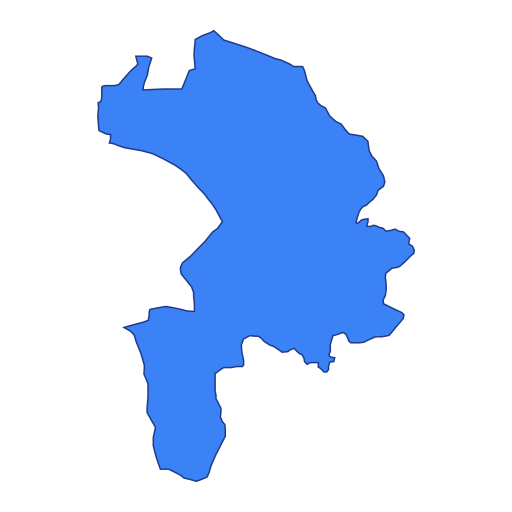 outline of Halabcha, As-Sulaymaniyah, Iraq
{"feature_id": "34846034B67264073740881", "entity_name": "Halabcha", "entity_type": "district", "adm_level": 2, "iso_a3": "IRQ", "parent_name": "Iraq", "parent_adm1": "As-Sulaymaniyah", "projection": "natural_earth1", "projection_center": [45.937, 35.187], "detail": "fine", "context": "isolated", "style": "filled", "palette": "blue", "viewbox_px": 512, "rotation_deg": 0, "n_neighbors": 0, "source": "geoboundaries", "source_scale": "gbopen_adm2", "svg_char_len": 4166}
<svg xmlns="http://www.w3.org/2000/svg" viewBox="0 0 512 512"><path d="M109.3,142.9L109.8,143.0L114.0,143.8L118.8,145.8L125.1,147.8L141.7,150.7L152.4,153.6L162.7,158.5L175.4,165.4L181.7,169.8L186.5,173.7L190.8,179.1L197.6,186.9L204.7,194.3L207.5,198.2L212.6,204.6L215.8,209.5L222.4,221.7L222.1,222.1L217.7,228.1L217.4,228.6L212.6,232.0L212.2,232.5L205.1,241.3L204.7,241.8L198.3,248.2L190.8,256.0L182.8,262.6L182.5,262.9L182.4,263.1L180.5,267.3L180.5,270.2L181.3,274.1L185.7,279.5L188.4,282.9L191.6,286.9L192.4,289.3L193.6,292.3L193.6,296.2L194.4,303.5L194.4,307.4L194.4,310.9L194.4,311.4L194.0,311.4L192.4,311.4L186.8,310.9L180.9,309.4L171.4,307.4L166.2,306.5L160.3,307.4L155.1,308.4L150.2,309.3L149.8,309.8L149.2,311.8L149.2,314.8L148.4,319.8L148.4,320.2L148.0,320.3L143.6,322.1L134.1,324.6L124.8,327.2L124.0,327.5L124.4,327.7L130.7,331.3L134.2,335.1L136.4,342.3L140.9,353.3L144.4,365.4L144.0,374.2L146.2,379.1L148.0,384.0L148.0,388.4L148.0,397.2L147.1,407.7L147.1,412.6L151.1,419.7L155.5,427.4L153.3,437.3L153.3,445.6L154.6,451.1L156.4,457.7L160.4,469.2L168.8,469.2L176.4,473.0L180.4,475.2L184.0,478.0L190.6,479.6L196.4,481.3L202.2,479.1L206.9,477.0L207.1,476.9L207.3,476.5L209.3,471.9L210.6,467.0L213.3,460.4L216.0,454.4L219.1,448.3L222.7,441.2L225.3,436.2L225.3,429.6L224.9,424.7L222.2,421.4L220.4,417.0L220.9,412.1L220.9,408.2L217.3,401.1L216.0,398.9L216.0,395.6L215.1,390.6L215.1,381.8L215.1,373.8L215.1,373.6L215.5,373.3L218.7,370.9L223.6,367.6L230.7,367.6L236.9,366.5L242.5,366.5L242.9,366.0L243.6,364.8L243.6,362.6L243.6,360.4L241.8,351.6L241.3,345.0L242.2,342.8L243.4,339.3L243.6,339.0L243.8,338.8L249.8,335.7L255.6,336.2L258.2,336.2L260.9,337.9L264.5,341.7L269.8,345.0L274.2,346.7L282.2,352.2L288.0,351.6L289.8,350.0L294.2,348.3L295.6,350.0L299.6,353.8L301.8,354.4L304.0,358.2L304.5,361.5L307.1,364.3L310.3,362.6L315.6,362.6L318.3,362.6L318.3,367.0L320.9,368.7L322.3,370.3L324.0,372.0L326.7,372.0L327.1,371.5L328.1,370.2L328.5,369.8L328.5,365.9L329.7,362.5L329.8,362.1L330.1,362.0L333.5,361.6L333.8,361.5L333.9,361.1L334.7,357.7L330.7,357.1L328.9,355.5L329.4,353.3L330.3,351.6L330.3,344.5L332.8,336.1L332.9,335.7L333.2,335.6L336.9,334.6L343.1,332.4L346.3,334.6L347.6,337.9L348.9,341.2L350.7,342.8L355.1,342.8L359.2,342.8L363.6,342.3L370.3,339.0L375.6,336.8L381.4,336.8L386.1,336.0L386.8,335.8L387.6,335.7L389.4,335.1L396.5,326.4L403.1,318.7L404.0,314.8L401.8,312.6L394.7,309.3L387.1,305.5L383.6,303.8L383.1,300.0L385.3,295.6L386.2,289.6L386.2,285.2L385.8,280.8L385.3,277.5L385.8,273.1L388.9,270.9L392.0,268.1L396.4,267.6L399.5,266.5L404.0,262.6L411.1,255.5L413.8,253.3L414.2,250.0L412.4,246.2L408.9,244.0L408.9,241.8L409.7,238.5L407.1,235.7L403.5,231.9L399.1,231.3L395.1,229.1L391.5,230.2L386.2,231.3L382.6,228.0L379.5,227.5L376.0,225.8L373.3,225.3L371.1,226.4L367.1,226.4L367.1,224.2L368.0,222.0L368.0,218.7L364.9,219.2L361.8,219.8L358.6,222.5L357.3,223.6L356.0,222.5L356.9,219.2L357.7,216.0L359.1,212.1L360.9,208.8L363.1,206.6L366.6,205.0L369.3,202.2L372.8,199.5L376.4,195.1L378.2,190.1L383.5,186.3L384.8,181.9L383.5,175.9L379.7,169.8L379.0,168.7L376.4,161.0L371.9,156.1L369.3,151.1L368.4,145.7L367.9,141.3L362.6,136.3L356.8,135.2L349.3,134.1L345.3,129.7L341.3,124.2L335.9,121.5L329.7,116.0L325.3,107.8L320.8,105.6L317.7,102.8L315.9,99.0L315.5,95.7L312.8,91.3L307.1,80.8L304.4,70.4L302.6,66.6L298.9,66.5L293.4,66.5L290.6,64.5L281.1,60.1L275.2,58.6L265.7,54.7L261.5,53.1L254.6,50.3L246.7,47.4L233.2,43.0L223.7,40.0L218.6,35.1L213.8,30.7L210.3,32.7L202.4,35.6L195.2,39.5L194.8,44.9L194.4,48.3L194.0,55.2L195.2,68.9L189.4,70.5L184.9,81.6L181.8,89.0L174.2,89.0L163.5,89.0L152.5,89.5L143.0,90.0L143.4,86.5L144.5,82.1L147.3,75.3L148.9,66.5L151.7,58.1L147.3,56.2L143.4,56.2L135.8,56.2L137.8,64.0L136.2,66.0L131.1,70.4L122.8,79.7L118.8,84.6L118.1,84.8L114.5,85.6L110.9,85.6L105.7,85.6L103.0,86.1L101.8,87.0L101.8,88.6L101.8,89.9L101.8,91.4L101.8,93.0L101.8,95.3L101.8,96.8L101.0,101.2L99.4,102.2L98.3,102.7L98.2,102.7L98.3,104.2L98.5,106.8L98.6,107.6L98.5,108.3L97.9,115.7L97.8,116.4L97.9,117.3L98.6,126.7L99.0,130.6L106.5,134.1L110.5,134.5L110.5,136.1L110.5,137.9L110.5,139.4L109.8,141.4L109.3,142.9Z" fill="#3b82f6" stroke="#1e3a8a" stroke-width="1.5"/></svg>